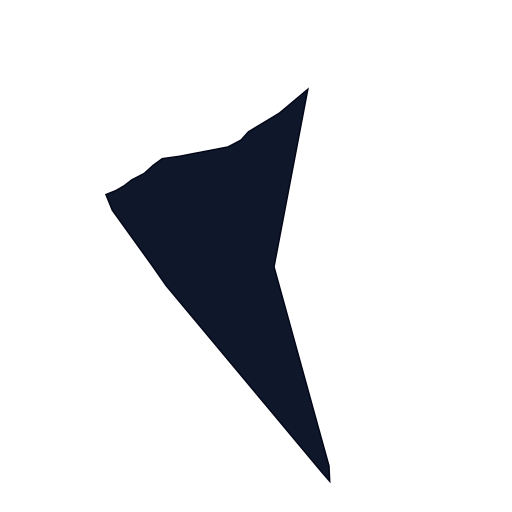 Palestina, Alagoas, Brazil, rotated 25°
{"feature_id": "56859067B33647530257209", "entity_name": "Palestina", "entity_type": "district", "adm_level": 2, "iso_a3": "BRA", "parent_name": "Brazil", "parent_adm1": "Alagoas", "projection": "robinson", "projection_center": [-37.312, -9.686], "detail": "fine", "context": "isolated", "style": "filled", "palette": "ink", "viewbox_px": 512, "rotation_deg": 25, "n_neighbors": 0, "source": "geoboundaries", "source_scale": "gbopen_adm2", "svg_char_len": 443}
<svg xmlns="http://www.w3.org/2000/svg" viewBox="0 0 512 512"><g transform="rotate(25 256 256)"><path d="M232.5,83.0L216.8,116.6L196.7,146.5L193.4,157.3L184.4,169.1L155.6,189.9L144.6,197.9L129.9,207.4L124.5,217.2L119.8,228.4L111.3,239.4L106.8,248.1L101.2,256.1L94.0,263.7L106.4,275.2L165.6,308.4L187.2,320.9L407.0,424.1L418.0,429.0L410.8,415.3L384.9,385.0L276.9,258.2L232.5,83.0Z" fill="#0f172a" stroke="#020617" stroke-width="1.5"/></g></svg>